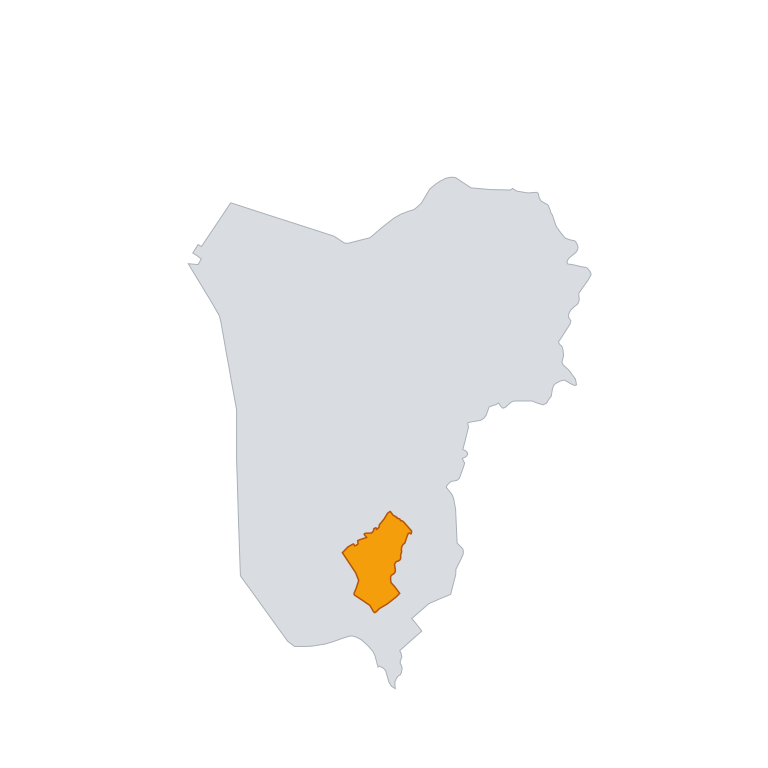 location of Dhi-Qar within Iraq, rotated 49°
{"feature_id": "IRQ-3225", "entity_name": "Dhi-Qar", "entity_type": "Province", "adm_level": 1, "iso_a3": "IRQ", "parent_name": "Iraq", "parent_adm1": "", "projection": "mercator", "projection_center": [46.195, 31.256], "detail": "fine", "context": "in_parent", "style": "filled", "palette": "amber", "viewbox_px": 768, "rotation_deg": 49, "n_neighbors": 0, "source": "natural_earth", "source_scale": "10m", "svg_char_len": 4720}
<svg xmlns="http://www.w3.org/2000/svg" viewBox="0 0 768 768"><g transform="rotate(49 384 384)"><path d="M320.8,158.6L325.5,157.3L334.3,150.0L339.4,143.1L341.0,142.5L345.6,144.8L348.9,145.4L356.4,142.8L360.9,144.2L364.7,145.9L366.8,146.0L377.0,150.3L379.5,150.8L384.8,151.3L392.6,151.6L397.6,148.8L401.1,146.1L403.6,146.1L406.1,146.8L408.1,147.9L409.8,150.0L410.6,152.8L410.3,162.0L411.1,164.4L412.4,166.2L414.2,166.5L416.3,164.5L420.0,161.6L424.6,158.4L428.0,155.5L429.9,154.5L433.0,154.6L436.0,155.1L437.7,156.5L437.7,157.0L439.3,161.3L443.3,177.4L445.6,179.4L448.2,181.1L450.0,183.5L450.7,185.9L450.5,189.6L450.6,193.9L451.6,197.2L453.1,199.7L454.5,200.9L456.6,201.1L459.1,201.7L460.8,204.2L466.1,222.3L466.6,224.7L468.9,225.4L472.6,225.1L476.3,226.9L480.4,229.9L484.2,235.4L486.8,236.3L494.8,235.4L505.8,236.3L510.9,239.2L510.4,240.9L506.4,242.9L499.4,245.2L497.4,249.0L496.2,254.0L496.4,256.9L498.1,260.0L503.1,266.1L503.3,268.3L504.2,271.4L505.1,273.5L504.1,277.6L499.6,280.5L493.8,283.5L482.0,297.2L481.1,300.1L481.2,308.1L480.0,310.4L476.3,310.4L473.4,310.0L473.2,312.8L471.4,316.5L470.3,319.8L474.6,327.4L475.4,331.5L474.7,335.2L470.7,341.6L468.3,345.8L468.9,346.8L472.0,348.5L481.8,362.5L484.9,367.3L489.0,366.1L490.6,366.1L491.8,366.9L492.5,368.6L492.5,370.7L491.5,373.8L496.7,375.1L498.6,378.2L504.7,389.1L504.5,392.3L501.5,397.4L501.5,400.7L502.1,403.8L503.1,404.8L512.1,405.2L515.9,406.5L525.3,412.0L535.9,420.4L544.6,427.3L552.1,433.2L560.0,432.7L562.2,433.8L564.2,435.6L566.5,440.4L571.0,451.3L574.9,454.9L580.9,463.6L586.5,471.7L582.8,482.7L579.2,494.1L579.2,508.9L579.2,516.8L586.8,517.1L595.2,517.5L595.3,526.9L595.4,536.3L595.5,547.1L597.9,547.5L601.9,549.8L603.6,553.3L605.7,555.2L608.3,555.5L610.8,557.2L613.3,560.3L614.2,562.7L613.6,564.3L614.1,567.1L615.8,571.1L618.0,573.0L621.3,575.4L616.8,576.7L611.9,575.7L601.6,570.9L598.3,570.8L593.9,572.6L593.7,574.2L582.8,568.9L578.8,567.9L577.4,567.8L571.2,567.8L562.3,568.8L557.0,570.9L553.4,573.2L551.7,575.4L551.1,576.6L548.3,583.2L545.0,591.6L541.6,599.1L535.0,609.7L531.3,614.6L523.4,623.7L514.9,625.5L495.2,623.7L473.3,621.7L451.5,619.7L435.3,618.3L434.1,617.8L418.0,604.8L405.3,594.5L389.5,581.7L373.4,568.5L357.0,555.1L345.0,545.4L330.6,532.9L317.4,521.4L307.0,512.3L293.7,504.4L283.2,498.2L268.1,489.1L255.9,481.9L245.5,475.6L229.5,466.0L224.2,463.4L207.6,460.2L191.9,457.5L175.6,454.7L164.8,452.8L171.9,446.0L169.7,439.8L164.5,440.9L159.7,442.4L156.8,432.8L160.5,431.6L157.1,419.1L153.6,406.1L150.2,393.6L146.7,380.8L160.5,372.5L170.8,366.3L185.1,357.7L199.0,349.3L212.2,341.3L226.8,332.5L239.8,324.7L251.7,321.4L254.2,318.9L259.6,308.1L264.3,298.9L264.5,296.7L264.5,283.6L265.3,268.1L266.9,259.8L269.6,252.5L272.0,247.1L272.3,242.1L272.0,237.0L269.4,229.2L266.8,221.2L267.1,213.4L267.6,209.2L269.2,202.5L272.0,197.6L275.1,194.6L286.4,191.5L293.1,189.6L302.1,180.9L307.5,175.7L314.9,167.5L320.4,161.5L320.8,159.4L320.8,158.6Z" fill="#d9dde1" stroke="#a8b0b8" stroke-width="1"/><path d="M487.2,479.9L485.9,472.3L483.9,466.3L483.9,465.2L484.0,464.3L484.3,462.9L489.2,463.2L492.1,462.0L492.4,462.0L492.6,462.2L492.8,462.2L493.0,462.1L493.2,461.8L493.4,461.8L493.5,461.8L493.6,462.0L493.9,462.1L494.1,462.1L495.8,460.8L496.2,460.7L496.6,460.7L497.0,460.9L497.8,461.0L498.2,461.0L498.4,460.9L498.5,460.5L498.8,460.2L500.4,459.7L513.0,459.6L514.1,460.7L514.7,461.5L514.8,462.0L514.0,462.2L513.2,462.7L512.7,463.6L514.0,466.4L517.7,472.6L517.7,473.9L517.5,474.7L518.6,477.6L520.5,479.7L522.0,480.6L522.3,480.9L523.8,483.4L524.6,484.2L526.2,485.5L526.7,486.1L527.1,487.0L527.2,487.9L527.0,489.1L526.8,489.8L526.2,490.8L526.2,491.5L526.2,492.1L527.0,494.4L531.3,497.1L531.9,497.6L532.5,498.1L533.1,499.0L533.4,499.5L533.5,500.0L533.6,500.5L533.6,501.2L533.3,503.2L533.3,503.8L533.4,504.3L533.5,504.8L533.7,505.2L534.0,505.7L536.1,507.4L536.8,508.0L538.7,509.0L543.8,508.9L552.3,509.5L552.7,514.2L552.1,526.0L550.9,532.4L550.6,534.0L550.5,535.3L550.8,539.4L550.5,541.0L549.0,541.3L542.3,540.0L541.4,540.0L525.5,544.3L523.9,544.7L523.3,544.7L522.6,544.2L522.1,543.5L520.1,539.3L515.7,532.0L507.8,529.2L484.0,526.1L483.3,518.2L483.6,516.9L483.8,515.3L484.1,514.2L484.3,512.8L484.7,512.0L485.4,511.9L486.4,512.3L487.0,512.2L487.3,511.6L487.6,509.8L487.7,508.8L487.5,508.3L487.2,508.1L486.9,507.9L486.3,507.5L486.1,507.3L485.1,506.9L485.0,506.3L485.6,504.5L488.4,497.8L485.7,497.7L484.3,497.5L484.2,496.7L484.7,495.6L488.1,491.4L488.3,490.8L488.2,490.0L487.9,488.3L487.6,487.6L487.3,487.3L487.1,487.2L486.8,487.1L486.6,486.8L486.6,486.3L486.9,485.0L487.2,484.6L487.4,484.4L487.7,484.5L488.0,484.6L488.5,485.0L488.9,485.0L489.0,484.7L489.0,484.3L488.9,483.5L489.0,482.7L488.8,481.6L487.2,479.9Z" fill="#f59e0b" stroke="#b45309" stroke-width="1.5"/></g></svg>